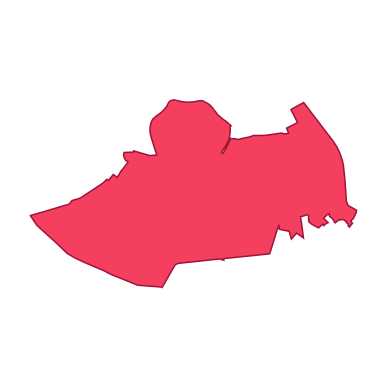 the district of Baldone, Baldones, Latvia, rotated 176°
{"feature_id": "27541924B69230564429845", "entity_name": "Baldone", "entity_type": "district", "adm_level": 2, "iso_a3": "LVA", "parent_name": "Latvia", "parent_adm1": "Baldones", "projection": "mercator", "projection_center": [24.39, 56.741], "detail": "fine", "context": "isolated", "style": "filled", "palette": "rose", "viewbox_px": 384, "rotation_deg": 176, "n_neighbors": 0, "source": "geoboundaries", "source_scale": "gbopen_adm2", "svg_char_len": 3864}
<svg xmlns="http://www.w3.org/2000/svg" viewBox="0 0 384 384"><g transform="rotate(176 192 192)"><path d="M96.2,138.1L90.5,143.7L84.0,138.3L84.8,151.6L84.9,152.8L85.5,159.7L81.6,160.5L78.1,161.3L77.3,160.6L77.6,157.2L77.6,154.2L74.7,151.4L68.3,147.4L66.2,149.0L64.2,150.5L63.9,150.8L62.8,149.2L61.9,150.2L60.0,151.3L58.3,151.9L58.5,152.1L60.5,154.3L62.5,156.6L59.7,159.1L59.1,159.7L57.9,160.1L57.5,160.3L57.0,160.7L56.6,160.7L56.4,160.5L56.4,160.3L56.5,160.1L56.7,159.1L56.5,158.2L56.0,157.6L55.1,156.9L54.3,156.2L53.7,155.6L52.7,153.6L51.9,152.0L51.4,151.2L51.2,151.4L47.9,153.6L43.0,154.1L39.7,151.1L39.9,150.5L38.1,148.7L38.6,147.3L37.4,146.0L34.1,149.6L35.6,152.0L34.2,153.2L32.8,154.4L29.4,160.5L29.1,162.3L34.2,165.7L37.3,167.7L38.6,171.9L38.6,180.6L38.6,189.6L38.7,198.1L38.8,198.9L39.1,207.7L39.1,208.2L39.6,211.6L39.7,212.2L40.3,215.0L40.6,216.0L41.0,217.6L41.3,218.7L41.4,219.0L41.5,219.3L41.9,220.8L42.2,221.6L42.5,222.5L43.1,223.8L43.2,224.0L43.6,225.1L44.2,226.4L45.2,228.5L46.8,231.4L47.2,232.0L48.4,234.0L51.7,239.0L55.5,244.8L61.2,253.5L64.5,258.4L70.4,267.5L74.4,273.5L74.8,273.3L78.2,271.7L82.4,269.8L87.0,267.6L87.3,267.4L87.5,267.3L86.4,264.6L85.1,261.7L83.9,258.6L82.2,254.8L81.9,253.9L93.2,249.1L93.1,248.7L91.6,244.3L91.5,244.0L94.5,243.4L95.2,243.6L99.2,244.6L101.0,244.4L115.0,243.4L115.5,243.4L118.7,243.6L120.8,243.7L121.4,243.7L124.0,243.9L126.3,244.1L126.6,244.2L126.8,244.0L130.7,243.0L130.9,242.9L133.2,242.6L142.5,241.2L142.8,241.1L143.4,241.5L143.8,241.7L144.6,241.9L146.0,242.2L147.4,242.3L149.7,242.7L150.0,242.0L150.4,241.1L150.7,240.6L151.1,240.0L152.0,238.4L153.0,236.8L154.3,234.7L158.3,228.2L159.9,229.0L157.2,233.5L156.7,233.2L153.0,239.2L152.2,240.6L151.8,241.3L151.6,241.7L151.2,242.5L150.8,243.3L150.7,243.4L151.0,243.6L149.8,248.3L149.3,254.5L148.4,255.3L152.7,259.8L154.1,260.9L154.9,261.5L155.8,262.3L157.1,263.6L160.9,267.2L162.8,270.3L164.0,271.8L165.1,273.6L166.3,275.4L167.2,276.5L168.0,277.4L168.9,278.3L171.2,279.9L173.2,281.1L173.9,281.6L174.5,282.0L175.2,282.3L176.5,282.5L178.0,282.5L181.3,282.1L185.0,281.8L189.1,281.8L191.4,282.1L195.4,282.7L201.1,284.5L203.9,285.2L205.7,284.9L207.9,284.2L208.5,283.5L209.4,282.3L211.2,279.4L211.8,278.6L212.6,277.7L213.6,276.7L214.6,275.7L216.8,273.8L220.4,271.5L222.2,270.4L223.6,269.3L224.5,268.6L225.7,267.7L225.9,267.5L226.2,267.0L226.5,266.6L226.7,266.4L226.9,266.1L227.1,265.9L227.7,264.5L228.3,263.2L229.3,259.7L229.7,255.7L229.5,252.6L229.0,249.6L227.5,243.6L227.0,241.3L226.5,239.4L226.3,238.3L225.9,236.6L225.5,235.0L225.1,233.7L224.9,232.8L224.7,231.9L224.7,231.5L224.7,231.3L225.0,231.3L231.6,231.3L247.1,237.0L247.3,237.1L247.3,235.9L247.5,235.9L248.0,235.9L253.6,236.1L257.0,236.2L257.4,235.0L257.6,233.9L257.5,232.9L257.3,231.5L256.2,228.4L254.8,227.3L253.8,226.4L253.9,226.1L254.2,225.8L255.3,224.6L256.9,222.7L258.5,220.8L259.0,220.2L260.5,218.7L260.8,218.4L261.2,218.1L263.3,214.9L265.4,212.3L265.7,211.8L269.2,215.0L270.1,214.2L271.0,213.1L271.8,212.3L272.4,211.7L273.1,211.1L273.6,210.4L274.1,209.9L274.5,209.5L276.1,210.6L279.8,207.4L280.1,207.2L287.1,203.3L287.3,203.2L287.5,202.9L295.3,198.6L303.6,193.9L304.0,193.8L304.6,193.5L310.3,192.3L312.2,191.8L312.4,191.7L315.1,188.9L315.6,188.4L315.9,188.3L320.8,187.3L321.0,187.3L331.4,184.9L341.8,182.6L351.0,180.6L353.4,180.1L354.3,179.9L354.7,179.9L354.9,179.7L349.8,170.8L349.3,169.8L344.5,164.8L339.0,159.0L331.2,150.9L325.3,144.4L320.4,139.1L313.9,134.7L305.1,129.7L296.3,125.2L293.3,123.6L292.9,123.4L288.2,121.1L282.5,118.0L282.6,117.8L278.6,115.5L274.7,113.5L254.1,103.5L252.8,102.8L229.1,99.3L228.5,98.8L224.6,104.5L218.9,113.1L213.7,120.7L210.7,121.7L208.9,121.8L180.2,122.9L168.9,123.3L167.5,122.5L165.0,121.8L165.2,123.4L164.3,123.4L136.2,124.3L118.8,124.9L109.8,148.0L107.7,153.2L107.4,148.7L103.9,147.7L97.8,146.0L96.2,138.1Z" fill="#f43f5e" stroke="#9f1239" stroke-width="1.5"/></g></svg>